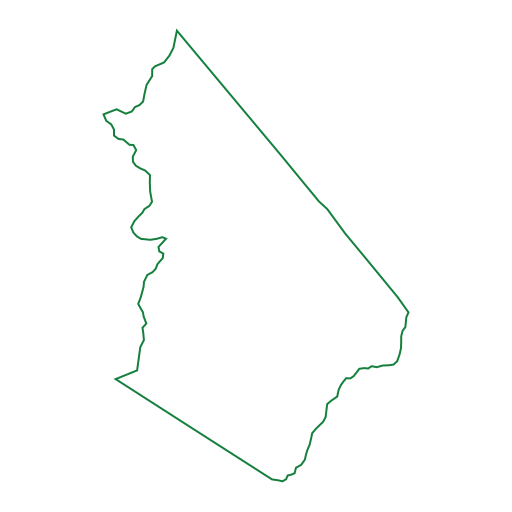 outline of Água Branca, Alagoas, Brazil
{"feature_id": "56859067B70474905670941", "entity_name": "Água Branca", "entity_type": "district", "adm_level": 2, "iso_a3": "BRA", "parent_name": "Brazil", "parent_adm1": "Alagoas", "projection": "natural_earth1", "projection_center": [-37.913, -9.252], "detail": "fine", "context": "isolated", "style": "outline", "palette": "green", "viewbox_px": 512, "rotation_deg": 0, "n_neighbors": 0, "source": "geoboundaries", "source_scale": "gbopen_adm2", "svg_char_len": 1749}
<svg xmlns="http://www.w3.org/2000/svg" viewBox="0 0 512 512"><path d="M103.5,114.4L106.3,120.9L111.2,124.3L114.0,129.6L114.0,135.6L118.6,139.0L123.3,139.5L126.2,142.0L129.5,144.8L133.4,145.0L136.2,150.1L132.8,156.7L133.0,161.8L135.8,165.7L140.3,168.4L145.1,170.5L150.0,175.1L149.8,182.7L150.2,191.7L151.2,197.4L152.0,201.8L149.4,205.9L144.5,209.0L142.3,212.8L138.5,216.5L134.4,221.1L131.2,227.3L133.4,232.6L136.8,236.3L141.1,238.9L145.4,239.3L150.2,239.8L156.4,238.9L162.4,237.2L166.0,238.8L161.9,243.2L158.5,246.9L159.3,251.4L163.3,253.6L162.8,258.0L160.1,261.1L157.5,264.1L155.7,268.7L152.6,272.1L147.3,275.0L144.0,281.8L143.6,286.6L142.5,290.9L140.6,297.7L138.2,303.9L140.7,308.5L142.9,312.2L143.7,316.6L146.3,323.5L142.5,327.8L143.3,333.3L143.9,340.1L140.3,347.1L137.1,370.4L115.6,379.1L199.4,432.9L272.0,479.4L278.2,480.3L282.5,481.3L286.1,479.2L287.7,475.5L291.2,474.7L294.6,473.2L296.0,467.7L301.1,464.9L304.9,459.6L306.0,454.6L307.5,449.7L309.6,444.9L310.9,439.4L312.2,433.2L315.7,429.0L319.7,425.1L323.2,421.7L325.6,417.1L326.4,410.6L327.2,404.1L331.2,400.7L337.2,396.6L338.7,389.7L340.9,385.1L343.2,381.8L346.2,378.2L350.3,378.4L353.6,376.2L356.9,372.0L359.3,368.8L364.2,368.1L368.1,368.5L371.7,366.2L376.7,367.2L382.8,365.5L388.6,365.3L393.5,364.6L397.2,361.2L399.6,354.3L401.0,348.1L401.2,342.1L401.2,336.3L402.6,330.8L405.4,327.0L405.9,321.6L406.3,317.3L408.5,312.4L397.7,297.2L366.8,259.6L345.0,233.3L327.2,209.0L318.7,201.2L315.5,197.2L305.4,185.0L300.9,179.5L280.7,154.9L176.9,30.7L175.1,39.5L173.4,47.9L169.5,55.5L164.1,62.4L154.9,66.4L152.2,69.2L152.2,76.1L146.6,84.8L144.4,94.4L143.1,101.5L139.6,105.0L134.9,107.1L131.8,111.5L125.8,113.7L116.6,109.3L108.5,112.4L103.5,114.4Z" fill="none" stroke="#15803d" stroke-width="2"/></svg>